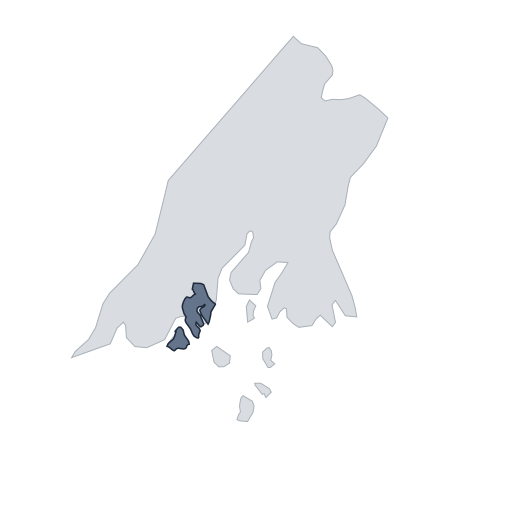 Guinea-Bissau, with Biombo highlighted, rotated 311°
{"feature_id": "GNB-5500", "entity_name": "Biombo", "entity_type": "Region", "adm_level": 1, "iso_a3": "GNB", "parent_name": "Guinea-Bissau", "parent_adm1": "", "projection": "orthographic", "projection_center": [-15.894, 11.883], "detail": "fine", "context": "in_parent", "style": "filled", "palette": "slate", "viewbox_px": 512, "rotation_deg": 311, "n_neighbors": 0, "source": "natural_earth", "source_scale": "10m", "svg_char_len": 3390}
<svg xmlns="http://www.w3.org/2000/svg" viewBox="0 0 512 512"><g transform="rotate(311 256 256)"><path d="M58.3,183.5L65.5,182.2L83.1,184.4L96.8,181.9L106.4,177.6L119.6,171.8L132.2,169.9L171.9,172.6L206.3,165.5L231.9,152.4L255.5,140.2L286.2,140.2L319.0,140.2L365.6,140.2L402.6,140.1L446.2,140.0L445.9,150.8L453.7,166.0L452.6,177.3L449.4,188.1L446.5,192.4L442.7,194.9L431.0,194.9L426.1,197.1L418.3,201.3L418.2,206.3L424.4,210.9L429.6,217.5L435.5,222.6L445.8,228.5L446.8,235.2L447.2,251.9L446.7,265.0L418.1,274.7L396.0,276.6L377.3,275.6L369.2,279.7L353.0,289.6L333.1,295.6L322.9,296.1L318.1,299.6L310.4,309.9L289.0,354.4L281.9,365.0L276.1,372.0L269.5,362.6L274.6,345.1L269.0,345.4L258.1,359.5L252.7,360.0L253.4,343.3L247.3,342.7L240.2,343.9L230.3,335.2L229.3,328.7L230.1,319.6L236.1,313.7L235.3,311.3L229.4,310.6L222.9,312.2L218.9,309.5L225.5,297.7L248.5,287.7L260.1,286.6L272.0,284.4L265.5,275.9L251.4,272.6L240.1,274.9L234.6,281.1L227.6,282.1L216.0,267.7L216.2,260.4L220.5,251.8L227.2,248.0L253.9,248.0L264.0,243.1L268.1,242.2L272.0,237.8L271.1,234.9L266.8,234.7L256.8,240.5L224.7,238.4L214.4,241.9L196.5,255.1L174.5,262.4L158.6,259.4L163.7,241.6L161.4,239.2L156.4,236.3L132.9,241.9L115.2,233.8L108.2,224.0L109.4,211.7L117.8,203.4L119.1,199.3L110.3,198.5L94.1,203.6L58.3,183.5ZM136.0,356.3L125.5,358.2L120.7,351.6L120.0,349.0L125.5,346.8L127.9,346.7L132.1,341.9L137.2,338.7L139.5,337.7L142.1,337.9L144.0,348.5L141.5,353.0L136.0,356.3ZM163.8,302.1L157.6,306.3L151.3,304.3L147.9,300.6L148.4,293.9L155.6,284.5L162.0,285.7L163.8,302.1ZM152.7,246.6L146.0,262.9L137.6,261.1L131.8,251.4L131.1,247.3L148.1,246.0L152.7,246.6ZM186.9,335.5L186.9,340.9L181.3,339.9L179.7,338.3L183.0,328.4L187.9,324.0L193.8,324.7L195.6,326.0L194.4,329.8L191.8,332.9L186.9,335.5ZM209.3,292.6L208.1,295.7L200.6,293.1L211.5,281.8L218.5,279.9L218.3,288.5L212.8,290.3L209.3,292.6ZM164.6,353.2L163.3,356.9L155.6,356.3L157.4,352.6L155.7,351.5L157.9,340.2L159.1,338.5L162.8,342.7L163.3,344.4L164.6,353.2Z" fill="#d9dde1" stroke="#a8b0b8" stroke-width="1"/><path d="M193.1,256.9L192.8,257.1L184.3,258.6L183.1,259.4L181.8,260.5L175.6,263.8L173.1,264.5L175.8,253.6L178.2,249.1L181.3,248.9L182.1,249.4L183.1,249.8L184.3,249.9L185.6,249.8L185.6,248.9L183.2,248.8L180.1,246.1L177.6,246.2L175.5,247.7L175.0,250.0L174.7,252.6L170.5,260.9L169.2,261.6L166.6,261.0L166.1,259.3L166.9,254.4L164.8,255.4L164.2,257.6L164.2,260.2L163.3,262.6L162.5,263.1L159.6,264.1L158.4,264.9L157.1,266.1L156.3,266.3L155.8,265.7L155.3,264.5L154.9,261.8L155.7,259.1L158.0,254.4L159.8,247.0L160.6,245.2L161.2,244.7L162.0,244.1L162.9,243.6L163.8,243.5L164.3,243.0L165.2,239.7L168.5,234.6L169.6,233.4L171.5,232.3L174.2,231.2L177.1,230.5L179.4,230.5L180.1,231.3L180.6,232.6L181.3,233.7L182.6,234.3L185.1,234.4L186.3,234.7L187.4,235.2L187.8,233.4L188.8,231.4L189.3,229.8L189.2,229.7L189.3,229.6L194.5,226.7L198.7,231.9L199.2,232.7L200.0,235.4L193.8,246.7L193.0,251.2L192.9,253.5L193.1,256.9ZM129.4,248.1L131.7,247.3L134.2,247.3L138.8,248.1L140.5,247.8L142.5,247.1L146.4,245.2L145.9,244.6L146.2,244.3L148.0,244.3L149.7,244.2L151.6,244.4L152.6,245.5L152.9,245.9L152.4,249.4L151.4,251.0L150.1,252.5L149.1,254.4L147.9,259.5L147.1,261.7L145.6,263.5L144.2,262.6L142.7,262.8L141.2,263.4L140.1,263.5L138.4,262.5L135.2,257.6L133.6,256.8L132.1,256.8L130.8,256.5L130.3,254.8L130.2,251.1L130.0,249.4L129.4,248.1Z" fill="#64748b" stroke="#1e293b" stroke-width="1.5"/></g></svg>